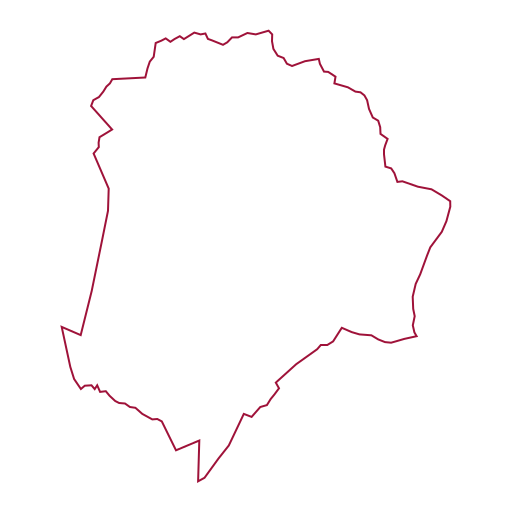 the district of Acari, Rio Grande do Norte, Brazil
{"feature_id": "56859067B32204928658001", "entity_name": "Acari", "entity_type": "district", "adm_level": 2, "iso_a3": "BRA", "parent_name": "Brazil", "parent_adm1": "Rio Grande do Norte", "projection": "mercator", "projection_center": [-36.64, -6.424], "detail": "fine", "context": "isolated", "style": "outline", "palette": "rose", "viewbox_px": 512, "rotation_deg": 0, "n_neighbors": 0, "source": "geoboundaries", "source_scale": "gbopen_adm2", "svg_char_len": 1766}
<svg xmlns="http://www.w3.org/2000/svg" viewBox="0 0 512 512"><path d="M305.0,61.2L292.0,66.0L286.9,63.7L283.6,58.0L277.7,55.7L273.4,48.9L272.0,41.2L272.2,34.4L268.6,30.7L255.8,34.4L247.4,33.0L238.1,37.4L232.0,37.4L227.3,42.3L223.0,44.8L211.8,40.3L207.9,38.9L205.4,33.5L200.6,34.4L194.3,32.6L189.2,35.8L183.9,39.1L179.8,36.2L174.6,39.0L170.4,41.8L165.7,38.4L161.3,40.7L155.7,43.0L153.7,56.8L149.8,61.6L147.5,68.4L145.3,77.5L112.3,79.2L109.9,83.4L106.4,86.6L103.3,91.6L99.0,97.0L93.3,100.2L91.1,106.0L112.1,129.5L107.1,132.6L99.5,137.2L98.6,142.7L98.8,147.1L93.6,153.5L108.7,188.6L108.0,210.8L101.7,242.1L91.7,291.0L80.7,335.1L61.7,326.9L70.3,366.9L74.1,379.0L80.9,389.0L84.8,385.7L91.5,385.3L94.7,389.1L97.2,385.3L100.1,391.9L105.8,391.2L109.6,395.8L115.2,401.0L119.1,403.0L125.0,403.5L129.9,407.0L135.4,407.8L142.3,413.9L152.3,419.4L157.3,419.0L161.8,421.4L176.0,450.3L199.3,440.5L198.1,481.3L204.5,477.8L218.5,458.5L228.8,445.5L239.5,423.0L243.8,413.9L251.6,416.9L260.3,407.0L266.9,405.1L270.7,399.0L274.3,394.6L279.0,388.3L275.8,382.6L296.2,364.2L317.2,349.2L320.8,345.0L327.3,345.0L333.1,341.4L341.8,327.8L351.7,332.1L359.5,334.4L371.4,335.3L378.2,339.4L385.0,342.1L391.1,342.7L396.4,341.2L404.3,338.9L416.6,336.2L414.4,332.4L412.8,325.3L414.7,316.2L413.2,308.9L412.7,296.7L415.7,283.9L420.2,274.3L427.0,255.7L430.3,247.3L441.8,231.8L446.4,221.2L450.3,206.7L450.2,201.2L441.9,195.5L431.5,189.3L417.9,186.7L402.4,181.3L397.4,181.9L394.4,173.2L391.2,168.4L385.4,166.6L384.0,154.3L384.0,149.6L385.2,145.3L387.6,138.9L380.5,133.9L380.2,127.2L378.2,120.7L372.8,117.5L369.0,108.9L367.1,100.2L364.4,95.4L360.5,92.3L355.4,91.6L347.9,87.3L334.4,83.4L335.5,76.7L328.2,71.9L324.0,71.6L319.9,63.8L318.8,58.9L305.0,61.2Z" fill="none" stroke="#9f1239" stroke-width="2"/></svg>